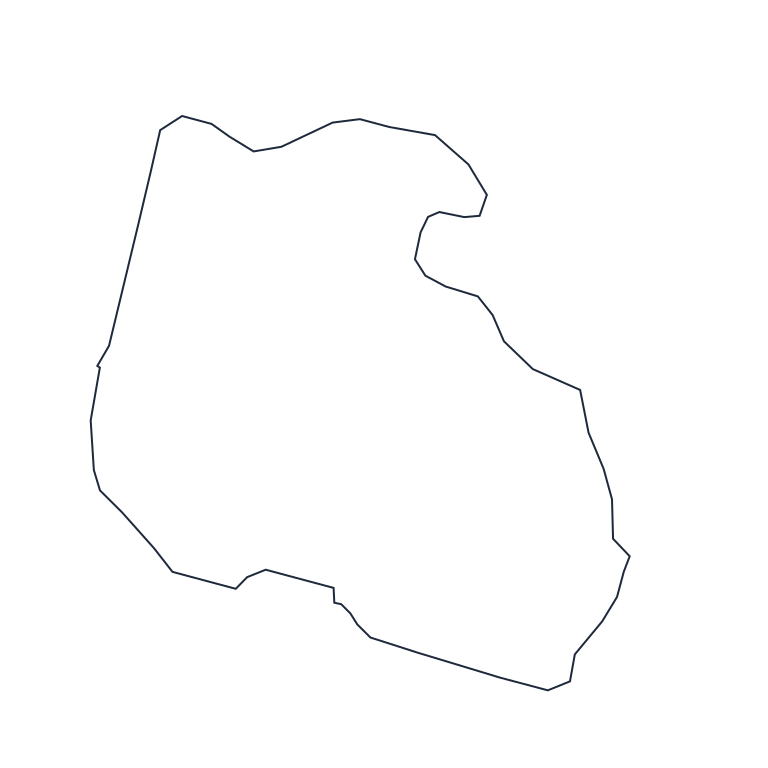 map outline of Zelenikovo (Robinson projection), rotated 105°
{"feature_id": "MKD-2917", "entity_name": "Zelenikovo", "entity_type": "Statistical Region", "adm_level": 1, "iso_a3": "MKD", "parent_name": "North Macedonia", "parent_adm1": "", "projection": "robinson", "projection_center": [21.557, 41.818], "detail": "fine", "context": "isolated", "style": "outline", "palette": "slate", "viewbox_px": 768, "rotation_deg": 105, "n_neighbors": 0, "source": "natural_earth", "source_scale": "10m", "svg_char_len": 934}
<svg xmlns="http://www.w3.org/2000/svg" viewBox="0 0 768 768"><g transform="rotate(105 384 384)"><path d="M196.7,665.9L179.5,650.3L177.4,648.4L177.4,617.9L185.1,597.2L193.1,570.1L181.4,544.5L144.8,501.3L134.4,475.8L134.4,445.4L130.4,399.1L150.1,359.2L174.7,333.6L196.8,335.2L202.0,349.6L203.6,375.1L211.2,384.7L228.1,387.9L255.5,386.4L268.7,372.0L273.9,349.6L275.1,316.0L289.3,296.9L311.7,279.2L331.1,244.1L339.0,193.0L378.1,173.8L409.1,149.9L436.4,133.9L474.2,122.7L486.8,102.1L503.3,103.8L529.4,103.8L556.8,111.8L595.8,129.7L623.1,127.4L637.5,146.5L637.6,195.9L634.8,282.2L632.4,331.5L623.2,347.5L614.3,357.1L607.8,368.3L608.1,375.4L594.0,379.9L594.0,403.9L594.0,432.6L594.0,450.2L606.0,466.2L620.2,474.2L620.2,494.9L620.2,539.7L602.1,563.7L575.9,603.6L560.3,630.8L542.2,642.0L495.1,657.9L441.7,662.7L440.7,665.6L418.3,659.5L354.4,661.1L292.0,662.7L238.5,664.3L196.7,665.9Z" fill="none" stroke="#1e293b" stroke-width="2"/></g></svg>